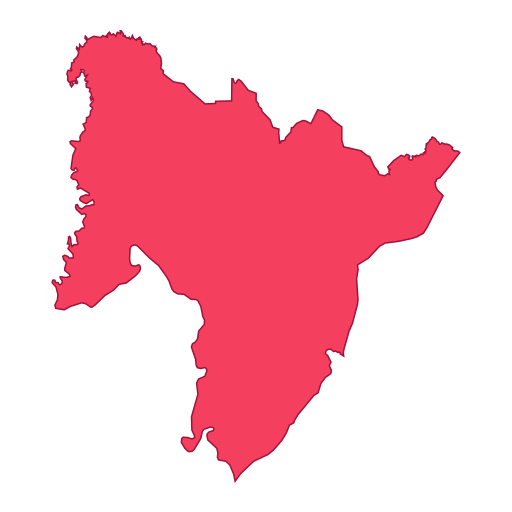 outline of Mueang Yasothon, Yasothon, Thailand
{"feature_id": "78962969B68944208488638", "entity_name": "Mueang Yasothon", "entity_type": "district", "adm_level": 2, "iso_a3": "THA", "parent_name": "Thailand", "parent_adm1": "Yasothon", "projection": "equal_earth", "projection_center": [104.128, 15.832], "detail": "fine", "context": "isolated", "style": "filled", "palette": "rose", "viewbox_px": 512, "rotation_deg": 0, "n_neighbors": 0, "source": "geoboundaries", "source_scale": "gbopen_adm2", "svg_char_len": 5804}
<svg xmlns="http://www.w3.org/2000/svg" viewBox="0 0 512 512"><path d="M343.7,356.1L343.3,352.8L344.0,349.0L349.0,331.3L352.5,323.2L357.4,304.6L358.0,299.9L356.6,278.8L358.1,269.6L357.5,264.9L368.4,258.1L379.6,246.2L385.0,243.1L398.7,241.3L411.7,238.5L417.2,236.7L423.4,233.2L427.1,227.3L443.1,195.7L437.3,189.9L435.8,186.8L434.9,182.1L436.0,181.4L436.9,179.0L439.9,177.7L445.6,170.9L459.8,152.6L458.2,151.2L453.8,150.7L452.0,149.1L452.6,147.5L449.1,144.7L445.9,143.9L445.2,144.4L442.0,142.8L440.8,144.1L439.4,144.2L438.5,142.1L437.0,141.3L435.1,138.5L432.5,137.0L431.8,137.4L431.6,139.2L430.1,139.6L428.8,142.1L426.3,143.9L426.9,144.7L426.1,145.1L426.1,147.8L425.1,148.9L426.0,150.6L425.5,152.3L424.8,152.0L424.7,153.4L423.4,152.9L422.8,154.7L421.0,154.1L419.0,155.9L416.5,155.3L415.8,156.7L415.1,155.9L413.8,156.6L412.8,155.8L412.1,156.3L412.7,158.5L412.0,159.9L409.8,160.1L409.5,159.0L408.4,158.7L408.3,157.9L409.7,156.9L409.6,155.6L407.3,154.5L406.4,154.4L404.6,156.6L401.2,155.3L393.8,160.5L387.8,166.8L388.8,169.1L390.0,169.3L388.9,171.1L389.5,174.5L387.8,173.8L384.9,175.7L379.6,174.8L378.3,173.2L378.3,171.8L374.3,166.7L369.7,156.7L366.1,155.0L361.2,150.8L343.6,146.8L341.8,140.2L341.8,126.9L332.4,119.9L329.2,115.4L322.9,111.0L317.7,109.8L310.9,123.7L305.8,121.0L302.8,120.5L296.6,123.4L292.8,127.7L291.4,127.7L290.9,132.0L286.0,137.1L284.7,140.5L281.2,140.9L280.6,142.8L279.6,143.1L278.7,132.3L279.0,129.1L272.8,127.3L270.0,119.7L262.1,111.6L261.4,108.6L259.0,106.7L258.1,103.4L256.1,100.8L256.2,93.3L248.2,90.3L241.2,81.2L238.6,79.4L237.0,81.0L236.4,82.9L235.4,83.3L234.4,82.8L233.0,78.7L231.9,78.7L231.6,100.9L215.6,101.3L215.5,103.5L205.0,103.9L190.5,91.3L183.8,83.8L173.4,81.8L163.2,73.8L163.4,70.7L160.7,68.5L161.5,63.6L160.9,58.3L159.7,55.7L156.8,52.7L156.1,50.8L156.8,49.4L156.5,48.1L154.9,47.2L155.5,46.2L152.1,46.0L149.9,43.5L148.2,44.1L145.4,43.1L144.5,44.7L143.1,44.0L142.7,44.7L141.6,42.6L142.7,41.8L141.4,41.0L141.5,39.7L139.8,37.1L138.7,37.8L139.2,39.1L137.1,38.8L136.5,40.2L133.7,38.6L132.4,35.5L131.8,37.1L132.3,37.7L130.7,38.3L130.4,39.2L129.2,38.5L129.1,37.3L128.4,37.9L125.5,37.3L125.2,35.6L123.3,36.0L123.4,33.8L121.1,30.7L120.1,30.8L120.6,33.0L120.2,33.9L118.1,32.3L117.2,32.5L116.0,36.3L113.4,33.8L111.8,34.9L110.2,34.5L110.2,33.2L109.3,32.2L107.8,33.8L107.8,34.9L106.6,35.4L107.6,36.6L107.2,37.3L102.8,35.6L100.6,37.5L93.5,36.3L87.4,39.7L86.8,37.6L85.4,36.1L84.9,38.1L86.5,40.0L86.6,42.4L84.4,44.1L84.0,46.3L81.7,47.0L79.7,44.6L79.3,49.3L76.8,47.0L76.4,48.7L78.3,51.2L78.5,53.4L77.3,56.6L73.7,60.1L74.2,62.0L71.7,62.9L71.4,67.2L70.4,68.8L71.8,69.6L71.5,70.8L68.3,70.3L67.6,71.5L66.9,73.9L67.9,76.6L67.6,80.1L69.4,82.4L70.9,81.9L70.0,84.4L71.5,86.9L73.4,84.3L72.5,82.5L72.9,81.2L75.4,80.9L75.0,83.2L77.1,83.6L77.6,81.8L76.0,80.0L76.5,77.4L78.3,77.1L80.0,75.3L80.5,72.5L82.2,72.1L80.9,69.6L83.3,69.6L84.3,70.5L83.7,72.8L84.9,76.2L87.3,75.2L84.8,79.7L85.4,81.1L87.8,81.2L87.7,82.2L86.1,83.4L86.4,87.2L90.3,88.4L89.4,91.3L91.2,93.2L91.4,95.9L90.1,97.4L91.1,100.4L92.7,97.8L93.5,100.5L90.1,105.0L90.4,106.3L92.4,107.4L92.2,109.0L90.5,111.1L90.2,114.9L88.7,116.9L86.6,117.6L86.2,122.5L83.1,124.2L85.3,129.2L84.8,130.8L82.9,131.9L80.4,135.7L79.9,137.3L80.3,140.6L78.7,141.5L71.4,140.8L70.0,141.8L70.4,143.6L75.8,148.6L72.9,155.2L71.0,168.4L72.2,170.0L74.0,170.3L75.2,168.0L76.0,167.9L77.7,170.3L77.0,171.4L73.6,172.7L71.5,175.4L71.0,177.6L73.2,179.4L75.5,179.5L77.2,181.1L78.8,184.7L77.0,186.8L77.4,189.2L80.6,188.1L89.4,193.4L89.0,195.4L86.1,194.8L81.1,196.6L79.6,198.8L80.2,200.4L83.9,202.8L86.6,203.5L92.6,199.6L94.0,201.7L94.1,203.9L93.5,204.9L92.0,204.5L89.6,205.8L86.1,205.9L82.0,208.9L79.2,207.9L77.3,204.5L76.0,204.8L75.5,207.2L76.4,209.5L81.8,214.4L84.5,213.6L85.9,214.8L85.9,216.7L84.0,218.7L82.7,222.0L84.6,226.8L83.9,228.2L81.8,228.2L78.9,231.1L76.0,231.3L74.8,232.4L74.8,234.0L76.7,236.8L77.0,241.2L78.0,243.0L77.4,244.6L74.1,244.6L72.0,246.5L71.0,243.1L70.6,238.0L69.6,236.4L68.5,237.0L68.5,240.1L67.4,243.8L69.3,244.3L69.6,245.2L68.0,248.7L72.9,253.9L73.4,257.8L69.3,258.1L67.8,256.4L64.6,255.2L62.8,256.3L63.6,259.5L66.4,262.5L64.7,268.5L64.8,270.5L69.6,274.4L70.0,276.4L66.3,277.5L60.2,276.7L60.2,277.8L62.3,281.3L61.8,283.6L60.3,284.7L59.3,284.6L58.0,282.6L55.7,282.6L54.9,280.3L53.5,279.9L52.5,280.7L52.2,282.8L56.0,287.0L57.9,294.5L57.4,299.8L54.9,305.1L55.7,308.3L64.2,309.8L70.7,306.3L81.7,302.8L85.9,303.8L90.6,307.1L92.0,307.1L95.1,305.0L104.7,295.7L113.8,289.9L119.0,284.4L126.4,282.9L135.6,275.7L139.5,271.4L140.4,268.8L140.1,266.1L138.8,264.7L135.0,266.2L131.4,265.3L130.0,262.2L129.6,258.9L130.1,248.3L131.3,246.2L134.5,244.8L137.5,245.9L149.5,258.0L158.6,265.5L166.5,276.6L169.0,280.9L171.8,288.7L173.7,291.5L177.8,293.9L184.0,294.3L191.1,299.3L196.1,299.5L197.8,300.6L200.8,306.3L202.8,316.4L204.5,320.1L204.3,324.4L198.7,331.0L197.5,339.0L195.5,341.9L192.4,343.9L191.4,347.0L195.6,359.2L196.2,365.3L197.4,367.7L200.8,368.5L205.1,367.5L206.7,369.2L206.7,371.4L204.8,376.3L198.6,379.0L196.6,383.0L197.9,394.3L191.5,416.8L191.9,430.0L194.5,435.8L194.5,437.8L191.9,439.0L188.1,437.6L183.2,437.2L181.7,438.6L181.3,442.4L184.9,448.3L187.6,451.0L189.1,451.7L192.2,451.2L194.1,449.6L199.6,440.5L201.0,437.7L202.3,431.4L203.9,429.3L210.6,427.0L213.3,427.6L213.9,428.6L213.3,430.6L209.1,431.9L207.3,433.7L206.9,435.8L207.9,440.1L216.8,448.3L217.9,453.2L217.4,457.3L218.5,459.9L225.9,461.3L229.8,465.0L233.7,474.2L235.1,481.3L240.7,473.6L253.6,461.3L268.3,454.3L273.4,450.1L282.0,440.2L286.4,432.8L289.4,425.2L293.7,422.9L294.8,419.8L298.2,414.4L313.9,395.4L318.1,392.8L320.9,383.5L325.5,377.3L330.7,373.7L331.3,371.7L331.2,369.9L329.3,365.6L331.0,362.2L327.6,355.4L325.5,353.9L325.9,351.1L327.7,349.4L331.0,349.3L333.6,351.5L335.7,351.0L337.8,352.5L339.4,352.0L340.3,352.7L340.2,353.9L343.7,356.1Z" fill="#f43f5e" stroke="#9f1239" stroke-width="1.5"/></svg>